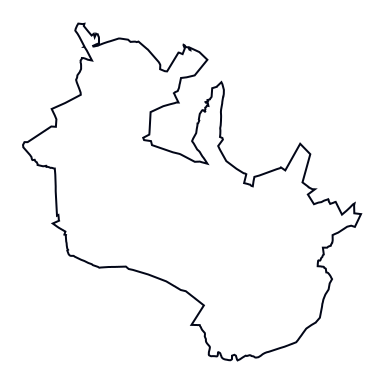 the district of Bochil, Chiapas, Mexico
{"feature_id": "50627088B6808518022322", "entity_name": "Bochil", "entity_type": "district", "adm_level": 2, "iso_a3": "MEX", "parent_name": "Mexico", "parent_adm1": "Chiapas", "projection": "natural_earth1", "projection_center": [-92.951, 17.023], "detail": "fine", "context": "isolated", "style": "outline", "palette": "ink", "viewbox_px": 384, "rotation_deg": 0, "n_neighbors": 0, "source": "geoboundaries", "source_scale": "gbopen_adm2", "svg_char_len": 5845}
<svg xmlns="http://www.w3.org/2000/svg" viewBox="0 0 384 384"><path d="M67.3,250.6L68.6,254.1L69.4,255.1L69.9,255.5L70.7,255.8L71.4,255.9L72.9,255.9L73.7,255.9L74.6,256.6L81.2,259.8L84.4,261.0L88.4,263.0L91.8,264.2L92.8,265.1L98.0,266.9L99.3,267.7L100.9,267.5L108.7,267.0L115.9,266.9L125.9,266.6L128.7,269.0L132.9,269.9L148.3,274.5L166.3,281.4L180.8,290.0L185.8,291.2L203.9,305.4L191.5,324.9L199.8,325.1L200.1,326.2L200.9,327.3L201.3,328.4L202.2,330.0L204.2,332.3L204.7,332.8L205.0,334.0L204.9,335.2L204.8,336.4L205.2,337.5L205.9,339.1L205.9,340.7L206.1,341.8L207.0,343.4L209.7,346.5L209.9,347.3L209.7,348.9L209.3,350.5L208.9,352.1L208.8,354.7L209.1,355.3L209.7,355.6L210.7,356.1L211.1,356.2L213.7,356.1L216.8,356.4L217.1,356.3L217.4,356.0L217.6,355.7L217.9,354.3L218.0,352.6L218.1,352.3L218.3,352.2L218.5,352.2L219.7,352.8L220.2,353.3L220.4,353.7L220.7,354.8L221.2,355.8L221.6,357.1L222.1,357.8L223.0,358.6L224.2,359.2L225.3,359.5L227.2,359.8L228.5,360.1L229.5,360.2L230.6,360.2L231.5,359.6L231.9,359.3L232.0,358.9L232.0,355.7L234.4,354.8L235.9,355.7L236.5,357.8L237.1,359.7L237.6,360.4L240.0,359.3L242.6,357.5L245.6,355.7L245.9,355.7L246.8,356.0L248.3,355.6L249.5,355.2L250.4,355.3L250.8,355.4L251.1,355.7L251.4,356.0L253.6,356.4L255.0,357.4L256.0,357.6L258.4,357.2L260.7,355.8L262.7,354.2L264.7,353.1L266.7,352.3L268.4,351.9L269.4,351.6L280.3,348.0L284.6,346.7L295.1,342.7L296.3,342.2L297.1,341.1L297.6,340.6L300.1,337.1L301.4,335.4L302.7,333.5L306.2,328.7L306.7,328.3L311.5,325.0L315.8,322.5L315.8,322.4L316.6,321.5L319.9,317.7L322.0,306.8L322.4,303.7L322.7,302.8L323.4,299.5L325.4,294.5L328.6,289.5L329.7,283.4L332.1,279.1L331.2,277.6L330.8,276.7L330.1,275.5L329.0,274.0L328.1,273.0L327.1,272.5L326.3,272.4L325.8,268.7L325.3,268.3L324.4,268.0L323.9,267.0L323.8,266.9L323.2,266.7L321.4,266.6L321.0,266.4L317.7,266.2L317.8,263.8L318.1,260.9L318.3,260.6L318.5,260.4L319.0,260.5L320.0,260.6L320.3,260.3L320.7,259.6L320.8,259.1L321.2,258.1L321.8,257.5L322.3,257.0L322.6,256.0L323.1,255.0L323.3,254.7L323.8,254.5L322.9,247.7L327.1,247.7L328.2,246.7L328.8,246.4L330.7,245.8L330.7,245.5L330.9,245.4L331.2,244.4L331.4,244.0L331.9,243.5L332.0,242.8L332.3,242.6L332.3,242.3L332.4,241.9L332.6,241.0L332.7,240.0L332.6,235.1L334.7,234.1L338.2,232.6L347.2,226.7L351.2,225.7L354.9,226.9L361.0,214.1L354.3,213.3L354.1,205.2L354.5,203.5L353.0,204.4L350.1,207.4L346.6,210.7L342.0,214.6L335.7,201.9L334.6,202.2L333.6,202.7L330.2,203.9L329.3,202.1L329.0,201.9L328.8,201.3L328.7,200.3L328.5,199.6L328.2,199.2L327.9,199.4L324.2,200.6L321.4,202.1L318.4,202.6L314.0,204.2L307.9,194.5L314.9,189.3L312.4,189.2L308.6,187.3L308.6,187.0L302.5,182.4L310.3,154.2L300.2,143.8L285.3,170.4L280.9,167.4L280.2,168.1L276.7,169.2L259.4,175.5L254.4,176.9L253.5,181.4L252.8,186.3L251.4,185.9L250.1,184.6L249.5,184.6L247.8,184.0L244.1,183.1L246.3,174.2L244.8,173.4L243.8,173.3L243.1,172.9L236.5,168.8L226.3,161.1L219.9,149.6L218.2,146.0L222.9,139.6L222.4,138.0L220.0,137.0L220.3,134.1L220.4,130.6L220.2,128.2L220.7,125.4L221.0,120.8L221.0,119.9L221.1,117.1L221.1,115.7L220.9,112.0L221.1,109.6L222.2,103.5L222.3,102.0L222.6,100.0L223.2,96.5L223.4,96.5L223.8,94.0L223.9,89.9L222.4,84.2L221.4,82.2L218.3,85.2L217.4,86.0L216.8,86.6L216.8,86.8L212.2,88.2L211.6,96.8L211.1,97.6L210.2,98.6L210.0,99.3L209.3,99.6L207.6,100.0L208.0,101.1L205.5,102.1L205.9,102.7L206.0,102.7L206.4,102.5L207.2,103.1L207.7,102.5L208.4,105.9L206.9,105.6L206.3,106.9L205.4,107.5L205.2,107.7L205.4,109.4L205.1,109.8L205.0,110.9L205.6,112.2L202.9,110.1L202.1,110.4L199.8,113.9L198.8,119.7L199.3,120.5L198.1,123.4L197.5,123.5L197.5,123.8L197.4,125.6L196.8,128.8L196.2,133.1L193.1,138.7L192.1,141.1L192.5,141.8L193.7,143.4L197.2,149.5L198.8,150.9L199.8,152.0L201.0,154.1L202.4,156.4L203.6,157.9L205.1,160.1L207.4,163.7L204.0,162.8L201.7,162.2L199.9,161.6L194.8,161.8L180.7,154.4L179.5,153.9L172.9,152.3L152.0,145.1L151.0,141.1L144.1,140.1L143.2,137.8L149.3,134.6L149.5,132.5L150.6,112.1L163.3,106.2L164.7,105.8L170.4,104.2L174.8,103.1L176.4,102.5L178.5,102.5L175.7,96.9L174.4,94.0L173.9,93.2L175.1,92.2L177.7,91.1L179.0,87.9L179.6,84.4L179.9,83.4L181.0,78.0L186.7,77.3L194.7,75.4L207.4,59.8L199.4,52.1L189.9,47.7L190.3,49.3L190.4,50.1L189.4,49.6L188.5,47.6L188.0,47.3L187.3,47.3L186.7,47.1L185.7,47.1L185.5,46.8L185.1,45.9L184.7,45.5L184.4,45.2L183.6,44.8L183.5,45.2L184.8,48.5L182.6,54.1L179.2,52.7L178.5,52.6L167.1,71.4L164.9,71.2L160.1,69.2L160.3,65.0L159.5,63.3L158.7,62.0L147.8,49.5L147.1,49.0L138.5,41.6L136.8,42.1L135.4,41.7L133.5,41.7L130.5,41.9L128.1,39.7L119.9,38.5L118.8,38.5L110.3,41.2L107.5,42.0L103.4,43.4L99.8,44.8L98.9,45.2L97.9,45.7L95.6,46.1L94.6,46.4L93.4,46.5L93.1,45.8L94.3,45.3L95.9,44.5L99.0,43.3L99.0,38.4L98.9,37.1L98.5,36.4L97.7,34.2L96.5,34.2L96.1,33.8L94.7,37.1L93.8,33.8L91.6,35.5L88.0,31.2L83.8,26.0L84.4,23.8L82.9,24.1L78.3,23.6L77.0,25.8L75.7,28.8L75.3,30.6L75.8,31.4L77.4,33.5L79.3,36.7L84.4,46.5L83.9,46.9L84.5,46.9L86.9,50.7L92.0,60.5L87.8,59.7L85.5,58.7L83.5,58.1L81.9,58.0L81.7,59.1L80.6,60.5L80.7,61.2L80.6,62.6L80.9,63.4L81.0,63.9L81.1,65.4L81.1,69.0L79.6,72.3L79.2,72.8L77.4,75.3L77.1,77.6L76.1,79.9L76.2,80.2L76.8,82.4L79.4,89.1L80.6,92.5L80.8,94.8L65.2,103.0L51.7,109.0L54.8,115.4L56.4,119.3L55.9,126.8L51.3,126.5L27.7,142.1L24.5,142.1L23.0,145.0L23.3,146.7L23.3,147.3L30.2,155.2L30.7,156.0L31.4,156.9L31.8,158.7L32.1,159.7L32.7,160.1L34.7,159.8L35.2,161.0L35.9,161.8L36.7,162.2L37.2,163.2L37.4,163.7L37.6,164.0L37.6,165.0L43.1,166.3L44.3,166.1L45.0,166.1L46.0,165.8L46.3,165.8L46.5,166.9L47.2,166.8L48.2,167.0L49.0,167.2L50.6,167.9L51.7,167.8L52.8,168.1L53.9,168.5L54.8,168.5L55.3,174.7L55.7,186.4L55.7,191.2L57.0,215.7L58.4,215.0L58.7,217.6L58.8,219.7L59.1,220.7L52.8,223.5L57.1,226.6L59.2,228.0L65.4,231.6L64.4,234.6L66.0,235.0L65.8,235.8L66.2,241.4L66.6,243.1L66.8,245.7L67.2,248.2L67.5,249.1L68.1,249.9L67.3,250.6Z" fill="none" stroke="#020617" stroke-width="2"/></svg>